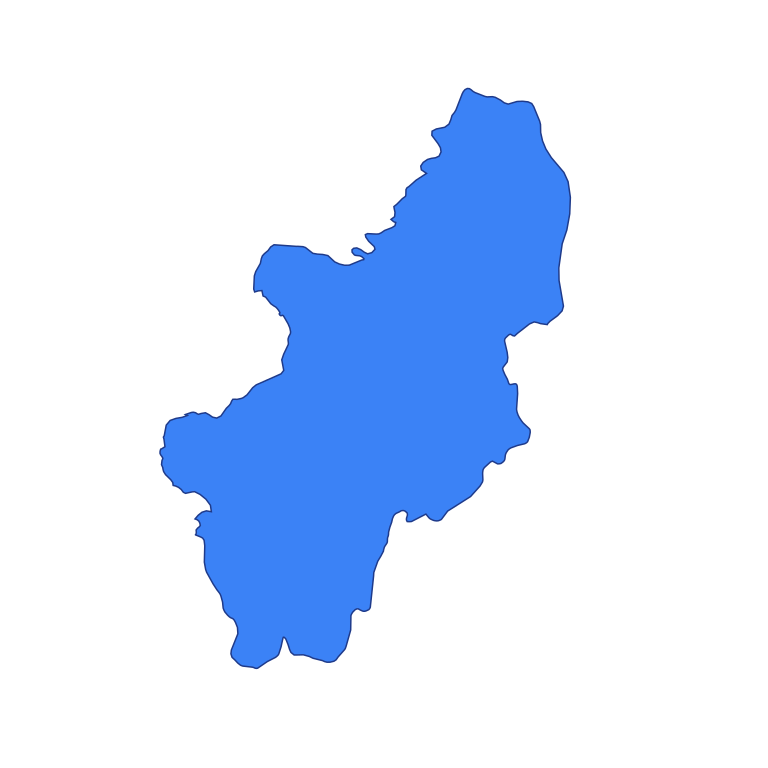 map outline of Khatlon (Robinson projection), rotated 151°
{"feature_id": "TJK-367", "entity_name": "Khatlon", "entity_type": "Region", "adm_level": 1, "iso_a3": "TJK", "parent_name": "Tajikistan", "parent_adm1": "", "projection": "robinson", "projection_center": [69.268, 37.83], "detail": "fine", "context": "isolated", "style": "filled", "palette": "blue", "viewbox_px": 768, "rotation_deg": 151, "n_neighbors": 0, "source": "natural_earth", "source_scale": "10m", "svg_char_len": 5463}
<svg xmlns="http://www.w3.org/2000/svg" viewBox="0 0 768 768"><g transform="rotate(151 384 384)"><path d="M120.4,538.6L121.3,535.1L125.1,527.9L127.5,519.7L128.5,511.0L127.9,500.9L124.1,481.8L124.9,471.7L130.5,456.9L139.1,442.7L149.4,430.1L160.2,420.2L174.8,400.8L180.7,389.7L189.3,365.1L192.8,361.6L199.1,359.6L208.3,358.4L211.4,357.5L212.4,356.8L217.8,360.9L219.8,363.1L222.6,365.5L227.6,366.0L242.8,363.6L246.5,362.7L247.3,363.3L248.1,364.1L248.6,365.2L249.2,366.1L250.3,366.5L251.5,366.4L255.3,365.4L256.6,364.7L257.7,363.2L260.9,352.0L262.9,347.1L265.5,343.6L271.7,340.9L272.7,340.0L273.2,338.3L273.7,333.8L273.8,328.3L274.6,323.9L274.3,322.7L273.3,322.0L270.3,321.1L269.0,320.5L268.3,319.6L268.3,318.4L268.7,317.1L271.8,310.8L280.3,297.7L280.9,296.1L281.3,294.7L281.8,291.8L281.9,289.0L281.6,285.0L281.2,282.5L278.6,274.4L278.5,273.2L279.0,271.9L279.7,270.6L282.8,266.9L286.4,263.9L287.9,263.5L289.8,263.5L297.0,265.5L303.8,266.6L305.3,266.6L307.2,266.3L309.8,265.0L311.3,264.0L312.4,262.9L314.7,259.7L315.6,258.9L316.9,258.3L318.3,258.0L320.3,257.8L322.1,258.4L323.4,259.1L326.5,263.9L328.6,264.2L336.1,262.4L337.5,261.9L338.9,261.0L340.4,259.1L341.3,257.6L343.9,252.4L344.6,251.4L345.5,250.5L349.5,248.2L362.8,243.6L389.9,242.0L399.1,237.9L399.9,237.7L401.1,237.8L402.6,238.0L404.1,238.6L405.7,239.7L406.8,240.7L407.6,241.7L408.9,243.5L409.4,244.7L409.6,245.4L410.4,249.9L426.6,250.4L428.4,251.2L430.4,252.4L430.4,253.7L430.0,254.8L429.3,255.8L427.4,257.6L426.6,258.8L426.3,260.3L427.4,263.0L428.6,264.1L430.4,264.8L432.6,264.7L436.2,265.0L438.2,264.6L439.6,263.9L441.8,262.2L444.3,259.4L448.3,255.9L451.8,252.2L453.1,250.1L453.9,249.1L454.9,248.3L455.8,247.3L457.6,244.3L458.6,243.4L462.4,241.4L463.1,240.8L464.8,239.1L465.5,238.1L470.2,235.0L475.4,232.0L484.3,224.1L486.2,221.1L504.2,195.4L505.4,194.5L506.7,194.0L509.5,194.2L510.8,194.5L512.0,195.1L512.9,195.9L514.3,197.8L514.9,198.8L515.5,199.8L516.8,200.5L518.6,200.6L522.0,199.6L523.8,198.6L525.2,197.5L532.4,185.0L544.3,173.0L546.1,171.4L547.2,170.8L556.5,167.5L559.6,166.0L562.2,165.8L565.9,166.8L568.7,168.3L570.5,170.0L571.9,171.9L579.0,178.5L581.4,181.9L585.9,186.3L591.1,189.0L594.0,190.6L595.5,194.3L595.3,197.4L594.2,202.9L593.5,208.6L594.0,210.7L594.8,211.3L595.7,210.6L601.4,204.1L606.7,199.1L607.7,198.4L609.2,197.9L611.3,197.5L620.6,197.8L632.3,196.7L633.6,197.2L634.6,198.0L635.1,198.8L636.2,200.0L644.3,205.8L645.1,206.7L645.8,207.6L646.3,208.7L647.2,210.9L648.2,214.9L649.4,218.6L648.7,222.2L646.5,225.3L632.9,236.4L630.2,242.1L629.5,247.4L629.5,250.3L630.0,252.1L631.5,254.0L632.2,255.5L632.9,257.7L633.7,261.8L633.6,264.1L633.3,266.0L630.9,271.6L629.5,277.3L629.2,279.4L629.3,281.2L629.9,285.0L630.4,292.0L630.4,305.4L629.9,308.3L627.5,315.3L619.2,329.4L617.1,334.5L617.3,337.2L618.6,339.2L622.0,343.4L622.0,343.5L621.1,343.9L620.1,345.2L619.1,347.4L616.9,348.3L614.6,348.7L613.2,349.4L612.5,351.7L612.4,353.7L613.1,355.7L614.7,357.6L610.1,359.3L605.4,360.1L600.9,359.2L596.9,356.0L594.6,362.1L595.6,369.6L598.4,376.6L601.8,381.6L604.0,382.6L610.6,384.6L612.0,386.6L612.5,390.1L613.8,393.2L615.7,395.8L617.6,397.5L616.5,400.3L616.9,403.6L619.0,410.6L619.2,414.2L618.7,416.3L618.0,418.3L617.7,421.3L615.2,424.8L614.2,425.5L613.4,426.3L613.4,428.2L613.7,430.4L613.5,432.0L612.4,433.8L611.9,434.3L610.9,435.3L610.2,435.1L606.4,435.3L606.0,435.3L603.2,442.4L602.7,444.5L601.3,445.3L594.4,453.6L588.7,455.8L582.7,454.8L576.7,452.7L571.3,451.8L572.5,453.6L566.3,452.5L564.5,451.8L563.8,451.2L562.7,450.2L561.9,448.6L560.9,447.4L558.3,446.9L554.1,445.4L551.9,442.0L550.0,438.1L546.8,435.3L542.1,435.1L533.7,439.2L529.7,440.3L527.7,441.2L525.6,442.9L523.6,443.9L521.5,442.8L520.0,441.8L515.6,440.5L514.0,440.3L509.1,440.9L500.7,444.4L496.2,445.2L469.1,442.8L465.1,444.5L461.7,454.7L457.3,458.7L448.5,465.0L447.8,466.1L446.6,469.0L445.8,470.2L444.3,471.6L441.4,473.5L440.4,474.9L439.2,478.7L438.7,483.2L438.9,492.4L439.3,493.2L441.1,493.7L441.7,494.8L441.7,496.1L441.2,496.4L440.6,496.6L440.4,497.3L440.5,499.6L440.8,501.8L441.4,503.9L442.4,505.5L444.1,509.1L445.4,517.4L447.1,519.6L445.5,524.9L448.8,526.4L452.5,527.2L451.9,530.2L445.0,541.4L441.7,544.5L433.7,549.4L430.5,553.1L428.3,555.0L426.0,555.8L425.3,556.0L420.7,556.9L416.7,558.8L412.7,559.1L393.8,546.8L392.8,546.3L388.3,543.4L386.5,541.4L382.9,532.8L379.3,529.9L374.8,527.0L370.8,523.5L367.9,514.7L364.8,510.5L360.8,506.9L356.8,504.8L343.2,503.2L342.5,502.9L341.4,502.6L340.8,503.4L341.8,506.3L343.1,507.9L346.4,510.2L347.3,511.2L348.0,514.7L346.9,516.9L344.7,517.4L341.8,516.2L339.2,512.8L337.4,508.9L335.2,505.8L331.0,504.8L326.6,506.2L325.9,508.9L328.2,516.2L328.7,521.3L327.9,523.7L325.5,523.5L318.1,518.9L315.8,517.8L313.2,517.6L309.0,518.0L301.3,516.9L297.7,517.1L295.4,519.6L296.4,520.6L297.0,521.6L298.1,524.6L293.6,525.2L291.2,528.7L290.0,532.6L289.3,534.4L285.7,535.0L278.2,537.2L274.2,537.7L273.2,538.8L270.5,543.4L268.7,544.5L266.6,544.6L257.1,546.7L244.7,547.6L247.5,553.2L246.2,556.8L242.3,558.8L237.1,559.3L233.2,558.4L229.3,556.9L225.4,556.6L221.6,559.3L220.1,563.3L220.2,568.1L221.6,578.3L219.4,581.8L214.6,581.7L206.4,579.1L201.2,579.8L197.5,582.7L194.3,585.9L190.6,587.4L188.1,588.9L174.9,599.9L172.8,601.3L170.4,602.2L168.8,602.1L167.9,602.1L166.1,600.9L165.1,599.0L164.3,596.8L163.1,594.8L156.3,586.6L154.6,585.1L149.8,582.7L147.7,580.8L144.5,575.9L142.5,571.6L139.7,568.6L130.7,566.6L125.7,564.1L121.2,560.9L118.8,557.7L118.6,554.0L120.4,538.6Z" fill="#3b82f6" stroke="#1e3a8a" stroke-width="1.5"/></g></svg>